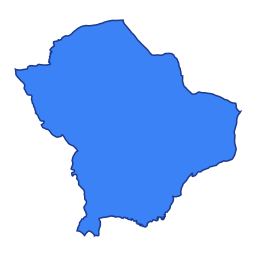 Ghinda, Semenawi Keyih Bahri, Eritrea
{"feature_id": "51966322B62460220695026", "entity_name": "Ghinda", "entity_type": "district", "adm_level": 2, "iso_a3": "ERI", "parent_name": "Eritrea", "parent_adm1": "Semenawi Keyih Bahri", "projection": "orthographic", "projection_center": [39.133, 15.477], "detail": "fine", "context": "isolated", "style": "filled", "palette": "blue", "viewbox_px": 256, "rotation_deg": 0, "n_neighbors": 0, "source": "geoboundaries", "source_scale": "gbopen_adm2", "svg_char_len": 5715}
<svg xmlns="http://www.w3.org/2000/svg" viewBox="0 0 256 256"><path d="M25.5,91.1L27.5,94.6L28.9,95.0L31.0,95.1L31.9,96.1L31.9,97.0L31.5,98.8L31.6,99.8L32.0,100.7L32.3,102.9L33.2,104.0L33.9,106.9L34.8,108.3L35.3,110.8L36.0,112.4L35.5,113.0L37.4,114.8L38.0,115.6L38.5,117.2L40.2,120.3L40.8,120.8L42.2,121.1L43.2,120.9L44.0,121.3L43.9,122.4L43.5,123.2L41.3,124.9L42.9,127.6L44.8,128.3L46.5,129.3L47.7,129.4L48.8,130.0L50.3,131.8L51.3,133.5L52.8,134.9L56.3,137.0L57.4,137.1L60.0,136.6L60.9,136.3L61.6,135.7L62.1,134.8L62.7,135.2L63.9,136.5L65.7,139.8L67.2,141.5L68.4,143.4L69.8,144.4L73.5,146.0L75.9,148.4L77.6,150.8L77.6,151.3L76.3,151.7L75.3,152.8L73.7,155.5L72.9,157.3L72.1,160.6L72.8,162.8L72.8,164.3L71.1,168.8L71.6,169.3L72.2,169.6L74.1,170.0L74.4,170.2L74.6,170.6L74.6,171.1L74.2,171.8L73.3,172.3L72.2,172.5L71.9,172.8L71.7,173.4L72.1,175.5L72.4,175.9L72.7,175.9L74.2,174.5L75.0,174.3L75.9,174.3L76.3,174.7L77.0,176.1L77.1,176.9L76.7,178.6L77.2,179.3L78.0,180.0L78.7,181.7L78.6,183.9L78.8,184.9L80.9,186.9L81.3,187.6L83.1,189.2L83.9,190.2L84.5,191.9L84.3,194.3L84.7,196.4L84.8,199.0L85.3,200.0L86.1,200.4L86.5,202.4L86.0,203.9L84.1,206.8L83.9,207.3L84.0,208.1L84.5,209.3L84.6,210.0L85.7,211.8L85.9,212.9L86.7,214.2L86.3,215.3L86.3,216.1L86.1,216.5L84.2,217.3L83.1,219.1L81.9,219.0L81.3,220.3L79.7,222.5L79.5,223.0L79.4,224.7L78.0,227.3L78.1,227.9L77.6,228.6L77.1,230.9L77.7,230.9L79.2,231.1L81.0,232.0L83.4,234.0L84.4,235.6L84.7,235.5L85.4,234.1L87.4,231.9L88.3,231.2L88.9,231.0L89.8,231.2L91.4,232.0L93.2,233.5L94.3,234.9L94.4,235.9L95.9,235.4L97.6,235.7L98.6,235.5L98.9,234.7L98.7,232.3L98.8,230.7L99.3,228.4L100.3,225.8L100.4,221.9L100.2,221.3L99.0,219.5L99.0,218.9L99.9,218.2L103.1,217.4L106.4,217.1L109.7,216.3L110.2,216.0L110.8,216.2L111.9,215.9L112.8,216.3L114.1,216.2L115.2,217.1L115.9,216.8L117.1,216.9L118.7,216.6L119.7,217.0L120.5,217.1L120.9,217.4L121.2,217.9L122.3,218.1L122.9,218.4L123.2,218.2L123.8,217.4L124.6,217.4L125.8,217.9L126.2,218.3L126.6,218.3L126.9,217.9L127.3,218.0L127.7,218.9L128.2,219.3L129.4,219.5L129.9,219.4L131.2,220.2L131.7,218.9L132.2,218.8L132.7,219.2L133.5,220.7L133.9,221.0L135.1,221.2L136.1,220.6L136.7,220.9L136.8,221.5L136.4,222.6L137.0,222.7L137.2,223.0L137.1,223.7L137.9,223.8L139.1,224.5L139.3,224.5L139.8,223.9L140.0,224.4L139.9,225.3L140.4,225.6L141.5,224.4L141.7,224.5L141.9,225.0L141.3,225.4L141.7,225.8L142.7,225.4L143.0,226.5L144.0,226.4L144.8,226.9L145.3,226.9L145.7,226.9L146.0,226.4L147.1,225.6L147.4,223.8L147.4,223.2L148.3,222.7L149.1,221.9L150.1,221.4L151.7,221.7L152.4,220.9L152.9,220.1L153.2,219.9L155.2,220.3L156.6,220.8L156.9,220.7L157.3,220.1L158.0,219.9L158.0,219.6L157.1,218.5L157.1,218.3L158.3,218.5L158.5,218.3L157.9,217.4L157.9,217.0L158.7,217.1L159.7,216.9L160.5,217.3L160.9,217.1L161.3,217.5L161.2,218.7L161.6,219.2L162.2,219.6L162.7,218.6L163.4,219.4L164.0,218.7L164.5,217.8L164.3,217.4L163.6,217.5L163.3,217.4L163.3,217.0L163.7,216.8L164.9,216.7L165.2,216.4L165.0,215.6L164.4,214.9L165.3,214.6L165.0,213.6L165.1,212.9L165.8,212.2L167.0,212.1L169.4,209.2L170.1,207.8L170.4,205.6L172.5,202.5L173.0,201.4L173.3,200.6L173.5,198.8L172.9,196.4L174.5,196.7L175.9,196.8L179.4,195.9L180.8,195.0L181.1,194.2L180.7,192.0L181.3,188.7L181.6,187.7L182.7,185.5L182.9,184.4L184.7,182.3L186.1,180.9L188.5,177.2L192.2,173.2L192.5,173.3L192.5,173.6L192.1,175.5L192.2,176.2L192.4,176.4L194.8,175.8L195.8,174.9L197.7,172.4L198.3,171.9L200.8,171.8L201.6,171.0L203.7,169.8L208.4,168.1L210.1,166.7L211.4,166.6L213.5,165.9L216.2,165.4L218.0,163.7L219.3,162.8L220.0,162.4L221.6,162.1L223.4,160.9L225.4,161.2L227.9,160.8L229.1,160.5L229.5,159.9L230.3,160.0L231.8,159.4L232.6,158.7L234.5,155.4L235.1,153.3L236.1,149.7L236.1,148.7L234.6,142.7L234.6,140.1L234.9,135.8L234.8,134.7L234.3,133.1L234.2,131.7L236.6,123.4L236.7,120.3L237.1,117.5L238.4,114.6L239.9,112.8L240.6,111.5L239.9,111.8L238.9,111.2L237.0,109.2L236.6,108.5L236.2,106.9L236.1,104.8L235.8,103.4L235.5,103.2L233.5,103.1L231.8,102.7L229.6,101.7L228.2,100.6L226.9,100.0L225.1,99.7L221.6,97.6L219.9,96.9L219.2,96.5L215.7,95.5L212.8,94.1L210.1,93.5L207.4,93.3L206.6,93.0L205.9,92.9L202.1,92.7L198.9,92.0L198.1,92.3L196.5,93.4L194.6,94.1L192.7,94.1L191.6,93.7L190.6,92.5L188.6,90.8L186.7,88.9L185.6,87.5L184.4,86.6L183.8,85.6L182.5,81.0L182.7,76.0L181.1,75.4L180.9,72.2L180.4,70.2L180.4,69.5L180.1,68.4L179.3,67.0L179.1,66.2L178.6,63.0L177.1,59.3L176.7,58.6L174.9,57.2L174.4,56.6L173.8,55.2L171.9,53.7L168.9,53.3L167.8,53.5L165.3,53.5L162.4,55.1L159.8,55.2L158.2,54.9L155.0,55.2L152.5,55.1L151.9,55.0L149.1,52.0L148.1,50.4L145.6,47.8L143.6,46.0L142.7,45.0L141.1,43.6L139.3,41.5L138.1,40.5L134.2,35.2L131.3,32.4L130.3,30.9L124.3,23.8L123.3,21.9L123.2,20.1L116.1,20.5L112.5,20.4L110.5,20.7L107.1,21.4L106.0,21.8L103.7,22.4L103.0,23.0L99.9,23.7L97.9,24.5L96.1,24.9L90.1,25.7L88.3,25.8L86.1,25.5L82.9,26.1L81.4,26.6L78.5,28.0L75.0,30.7L73.9,31.5L71.5,34.0L69.6,35.3L68.2,36.0L66.1,35.8L65.4,35.9L63.9,36.6L62.1,37.8L61.7,38.6L61.6,39.2L61.2,39.6L60.2,39.8L59.1,40.4L58.6,39.8L58.4,39.8L57.4,40.8L56.1,41.4L55.1,41.3L53.6,41.8L53.5,43.4L54.2,44.7L54.3,45.6L54.2,46.1L53.9,46.2L53.3,46.2L53.1,46.9L52.8,47.2L51.7,47.5L51.5,48.1L50.7,48.8L50.1,49.7L50.1,50.3L51.9,51.7L51.9,51.9L51.1,52.2L50.4,52.4L50.3,53.3L50.9,53.8L50.1,54.7L50.2,55.9L49.6,56.6L49.8,57.1L49.7,57.7L49.8,58.3L49.0,59.7L49.0,60.2L49.5,60.8L49.5,61.2L49.2,61.6L48.7,61.9L48.7,62.1L49.7,62.6L49.8,63.7L50.3,64.1L50.3,64.4L49.1,64.4L47.9,64.9L44.1,65.1L38.6,64.4L37.9,64.7L36.3,66.1L35.3,66.1L32.7,65.7L29.8,65.7L27.9,66.9L27.0,69.2L24.4,69.3L20.2,70.1L16.4,69.7L15.4,69.2L15.9,73.0L15.9,74.5L16.3,75.2L17.7,77.2L21.0,80.7L23.9,83.4L24.3,84.2L24.8,86.0L24.1,87.8L24.3,88.9L25.1,89.9L25.5,91.1Z" fill="#3b82f6" stroke="#1e3a8a" stroke-width="1.5"/></svg>